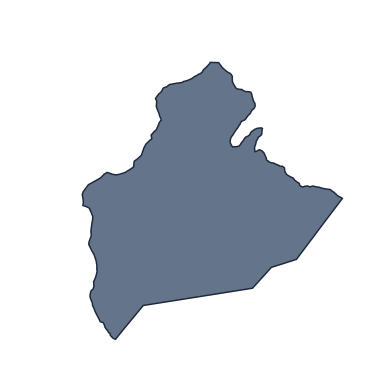 Phuntsthothang, Samdrup Jongkhar, Bhutan, rotated 337°
{"feature_id": "84629894B82317088432699", "entity_name": "Phuntsthothang", "entity_type": "district", "adm_level": 2, "iso_a3": "BTN", "parent_name": "Bhutan", "parent_adm1": "Samdrup Jongkhar", "projection": "orthographic", "projection_center": [91.692, 26.867], "detail": "fine", "context": "isolated", "style": "filled", "palette": "slate", "viewbox_px": 384, "rotation_deg": 337, "n_neighbors": 0, "source": "geoboundaries", "source_scale": "gbopen_adm2", "svg_char_len": 3951}
<svg xmlns="http://www.w3.org/2000/svg" viewBox="0 0 384 384"><g transform="rotate(337 192 192)"><path d="M64.0,297.7L73.9,292.4L102.8,277.4L133.9,285.2L210.1,304.2L235.6,292.4L261.8,294.8L308.5,267.8L327.9,256.7L327.1,255.4L326.1,254.2L325.6,253.6L324.6,252.3L324.1,251.4L323.5,249.5L322.8,248.4L322.3,247.3L321.8,246.5L320.8,245.2L320.7,244.3L320.0,243.6L318.6,242.8L316.9,241.8L315.2,240.7L313.4,239.5L311.7,238.0L310.4,236.9L308.9,236.3L306.6,234.4L305.6,233.7L303.4,233.4L302.1,233.1L301.2,232.0L300.6,231.5L298.1,230.8L297.1,230.9L295.7,230.5L293.8,228.4L294.0,226.6L294.0,225.7L292.8,224.2L292.1,222.9L291.2,221.3L290.6,218.7L290.2,218.2L288.9,216.9L287.1,214.6L285.8,212.5L285.6,208.9L286.5,205.9L285.4,203.8L284.3,203.3L283.3,202.7L282.5,201.7L281.5,200.6L280.9,200.0L280.1,199.2L279.4,198.4L278.6,197.4L278.1,197.0L277.2,196.6L276.6,196.2L276.1,195.8L275.2,195.0L274.8,194.5L274.5,194.0L274.2,193.2L273.7,192.4L273.3,192.0L273.1,191.3L273.4,190.4L273.7,189.8L273.6,188.9L273.6,186.3L273.5,185.1L273.5,184.3L273.4,183.6L272.7,182.2L272.2,181.2L271.3,180.1L270.7,179.5L270.0,179.4L268.9,179.5L267.7,179.7L267.0,179.7L265.7,179.4L266.9,175.5L269.5,172.6L271.3,170.0L273.0,169.0L274.2,167.6L275.7,167.3L277.8,166.7L279.1,165.7L279.5,164.5L280.5,162.8L281.6,161.2L281.1,160.2L280.0,159.8L277.2,158.9L274.6,158.8L272.5,159.2L270.3,159.8L268.7,160.6L268.0,161.7L265.8,162.3L263.7,162.6L262.9,162.4L261.4,163.2L259.1,164.8L257.0,165.8L256.0,166.5L254.3,167.7L252.8,168.1L250.5,167.6L248.6,166.8L247.0,166.3L246.5,164.3L246.5,161.9L246.8,160.4L247.3,159.6L248.3,158.2L249.2,157.0L250.7,156.1L252.6,155.1L253.7,154.1L256.4,152.3L258.7,151.1L261.3,149.2L262.6,148.5L263.8,147.3L265.0,146.4L266.5,146.3L268.5,146.3L269.7,145.9L271.4,144.8L274.1,143.2L275.3,143.0L276.8,142.0L277.7,141.2L279.4,140.1L280.3,139.8L281.1,139.7L282.4,138.9L283.7,137.6L284.1,136.6L284.5,135.3L284.4,133.8L284.2,132.8L284.6,128.3L284.9,126.9L285.2,125.2L285.1,123.1L284.0,122.3L282.0,121.2L280.8,120.5L279.9,120.0L278.3,117.8L277.5,116.7L276.9,116.8L276.3,116.3L275.3,115.6L274.3,115.0L273.4,114.4L272.8,112.0L272.4,108.8L272.4,107.3L272.4,106.1L272.6,105.4L273.2,103.9L273.7,102.6L274.3,101.4L274.2,100.2L274.0,99.4L273.7,98.1L271.0,94.6L269.9,92.3L268.5,89.3L267.8,86.3L267.1,83.3L259.4,79.8L258.8,80.4L258.1,80.8L257.5,81.2L255.9,81.8L254.3,82.6L252.8,83.1L250.2,84.0L248.6,85.4L247.4,85.8L246.2,86.3L243.6,86.2L243.0,86.5L238.7,86.8L237.2,87.4L233.2,87.6L229.9,87.4L227.3,87.0L226.3,87.3L225.1,87.2L220.4,85.9L217.1,85.1L216.1,85.0L213.6,84.3L211.3,84.8L210.7,85.1L209.5,85.3L207.5,85.0L206.4,85.1L205.4,85.6L204.2,86.8L202.1,88.1L199.8,88.7L197.9,89.8L196.1,91.0L194.9,91.7L195.0,92.8L194.9,94.6L194.6,95.5L194.0,96.6L193.3,97.9L192.6,99.4L192.4,101.2L192.3,103.3L192.3,105.0L192.3,106.6L192.1,108.2L191.9,109.4L192.0,111.9L191.9,113.2L191.8,113.9L191.0,114.1L189.0,115.3L186.6,117.8L183.4,120.8L180.8,121.6L178.2,122.9L176.6,123.7L175.8,127.3L173.1,128.0L168.2,130.0L165.1,132.5L159.8,138.4L155.2,140.1L150.8,141.1L147.9,146.2L143.1,147.1L138.0,147.9L132.6,147.4L128.7,146.6L125.5,144.4L123.0,142.1L121.5,140.8L118.1,141.3L113.6,143.2L109.1,143.8L99.5,144.8L94.8,147.6L92.0,149.2L90.0,151.4L89.1,155.3L88.1,158.8L86.3,161.8L87.5,162.8L89.8,165.0L91.3,167.1L91.1,168.8L91.2,171.5L91.1,175.8L89.3,179.3L87.8,181.4L85.4,185.5L83.5,188.8L82.3,192.7L79.2,196.1L77.7,197.7L76.5,199.9L76.6,203.8L76.9,207.5L77.4,211.9L77.1,214.4L76.9,217.6L75.7,222.6L74.3,225.7L73.6,228.1L72.2,230.0L70.6,232.1L68.5,234.3L66.3,236.2L65.8,238.1L64.6,240.9L62.8,242.8L60.6,243.4L59.0,245.3L57.4,248.0L57.0,250.0L56.9,253.0L56.9,255.2L56.1,257.9L56.3,260.7L56.1,263.2L56.3,267.1L56.6,270.1L56.8,273.2L56.8,275.4L57.8,276.4L59.0,277.1L59.3,278.4L59.4,280.0L59.2,281.1L59.1,282.1L59.4,284.5L60.2,286.9L60.2,288.5L60.7,289.4L61.2,290.3L61.1,291.1L60.8,292.2L61.1,292.8L61.4,293.6L61.7,294.6L62.0,295.3L63.0,296.7L63.5,297.2L64.0,297.7Z" fill="#64748b" stroke="#1e293b" stroke-width="1.5"/></g></svg>